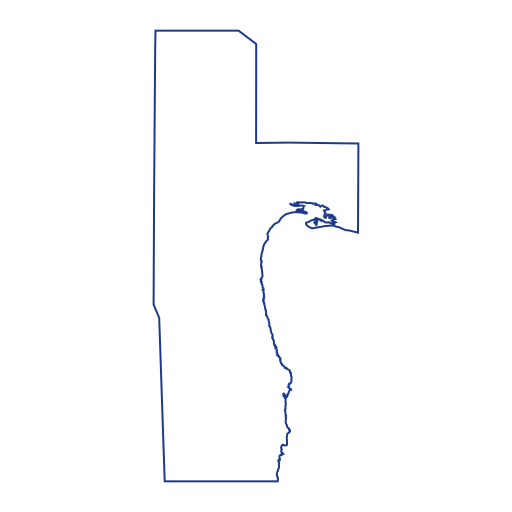 outline of San Antonio, Río Negro, Argentina
{"feature_id": "61730980B19099504402623", "entity_name": "San Antonio", "entity_type": "district", "adm_level": 2, "iso_a3": "ARG", "parent_name": "Argentina", "parent_adm1": "Río Negro", "projection": "natural_earth1", "projection_center": [-65.004, -40.959], "detail": "fine", "context": "isolated", "style": "outline", "palette": "blue", "viewbox_px": 512, "rotation_deg": 0, "n_neighbors": 0, "source": "geoboundaries", "source_scale": "gbopen_adm2", "svg_char_len": 6099}
<svg xmlns="http://www.w3.org/2000/svg" viewBox="0 0 512 512"><path d="M256.2,44.0L238.6,30.7L155.5,30.7L155.2,48.1L154.1,192.5L153.6,304.5L159.2,317.9L164.7,481.3L277.7,481.3L278.0,479.5L277.7,478.8L277.9,477.5L277.1,476.5L276.8,473.7L277.2,472.0L277.9,470.9L278.2,469.1L278.7,468.6L279.0,467.0L278.9,464.1L279.1,463.2L279.0,462.1L278.7,461.4L278.3,461.2L278.3,460.8L278.4,460.2L278.7,459.9L279.9,459.8L279.8,458.7L279.6,458.6L279.4,457.2L279.7,455.6L281.0,454.7L281.3,455.1L281.6,455.1L282.1,454.5L282.1,454.1L283.2,453.8L282.5,453.0L281.8,453.1L281.6,452.3L281.2,451.7L281.5,450.6L281.3,449.8L281.7,449.3L281.1,447.9L281.2,447.3L281.5,446.1L282.8,444.7L284.1,445.3L286.4,445.3L286.9,445.0L287.1,441.9L286.7,437.7L287.4,433.6L289.2,432.4L289.4,432.0L289.9,431.7L290.0,430.8L290.0,430.3L289.1,430.0L289.1,428.5L287.5,427.5L287.1,426.7L286.8,425.0L286.0,423.6L285.6,420.9L286.1,418.0L285.6,417.2L286.0,415.7L286.9,415.4L285.9,415.4L285.6,415.0L285.2,411.1L284.9,410.6L285.1,409.3L285.6,408.8L285.4,406.9L285.5,405.2L285.9,404.6L285.5,402.0L285.7,398.8L285.5,398.4L284.9,398.2L284.6,397.7L285.0,396.8L284.5,396.4L284.9,395.8L283.9,396.1L283.5,396.0L283.2,394.4L283.6,393.6L284.3,394.1L284.5,395.4L285.2,395.7L285.0,397.2L286.8,397.0L287.3,396.5L287.8,394.0L288.2,393.9L289.3,390.9L290.1,389.7L291.4,389.9L291.9,389.8L290.9,389.5L290.7,389.0L289.8,389.1L289.4,388.1L289.1,388.0L289.0,387.2L288.8,386.9L288.5,386.9L289.0,386.3L288.6,386.0L288.4,385.6L288.8,384.4L289.3,383.5L290.1,383.7L290.7,383.2L290.9,382.7L291.4,381.3L291.4,378.2L291.7,377.2L291.1,376.2L291.1,375.4L290.9,375.0L291.0,374.1L290.8,373.8L290.9,373.0L290.6,372.3L289.9,372.3L289.8,370.6L289.5,370.2L287.8,369.4L287.3,368.8L285.6,368.4L285.5,368.1L285.8,367.7L285.0,367.4L284.6,367.5L284.2,366.5L283.1,365.4L282.1,365.1L281.8,363.6L281.1,363.4L280.7,362.2L280.7,361.7L280.2,361.0L280.2,360.4L280.4,360.1L280.1,359.5L280.6,358.9L280.5,358.4L279.0,357.2L278.9,357.0L279.2,356.7L278.5,355.7L277.7,355.7L276.9,354.8L277.0,354.3L277.6,354.1L277.1,352.7L276.7,352.4L276.5,351.7L277.0,350.5L276.9,349.9L276.4,349.3L276.1,348.2L275.5,348.3L275.5,347.9L276.2,347.5L275.8,347.2L276.1,347.1L276.1,346.9L275.5,345.9L275.0,345.8L274.9,344.8L274.3,344.8L274.4,344.2L274.1,344.0L273.9,343.3L273.9,341.9L274.0,341.6L273.7,341.1L273.6,340.1L273.2,339.8L273.3,339.4L272.8,338.8L272.6,337.7L272.1,337.6L272.3,336.7L272.7,336.3L272.5,335.8L272.6,334.6L271.6,333.5L270.7,330.0L270.4,327.9L270.0,326.8L269.4,326.4L269.2,325.0L269.5,324.1L269.0,322.5L268.6,319.8L268.0,318.9L267.2,316.8L266.8,316.4L266.8,315.7L266.5,315.2L265.9,314.9L266.1,313.3L266.0,313.0L266.0,311.4L265.7,310.7L265.8,309.9L265.3,309.3L264.8,306.1L264.3,304.9L264.4,303.3L263.9,303.0L263.8,302.5L263.5,302.3L263.7,301.1L263.3,301.0L263.3,300.6L263.0,300.2L263.5,299.6L263.5,298.9L263.8,298.7L263.5,298.5L263.9,298.0L263.7,297.2L264.2,296.4L263.8,295.9L264.1,295.0L263.9,294.4L263.9,293.3L263.5,292.9L263.4,291.9L263.6,290.1L263.5,289.4L263.1,289.4L263.5,289.0L263.4,288.1L262.9,287.8L262.5,286.9L262.3,284.5L262.0,283.9L261.7,283.9L261.7,283.3L261.2,282.5L261.6,282.4L261.5,281.9L261.1,281.6L261.4,281.2L260.9,280.7L260.6,280.0L261.1,279.7L260.7,279.4L260.9,278.6L262.0,277.6L262.5,276.2L261.9,269.3L261.4,268.2L261.4,267.5L261.8,267.0L261.1,266.3L261.0,265.5L261.3,263.7L261.3,262.4L261.7,261.9L261.8,261.2L260.9,260.6L260.9,259.4L261.0,257.5L261.5,256.0L261.4,255.0L261.5,254.4L262.1,252.1L262.5,251.6L262.5,249.8L263.1,249.0L263.1,247.8L263.8,245.3L264.2,244.3L266.0,241.6L267.1,240.3L267.7,239.9L268.0,239.3L267.8,237.8L268.3,236.6L267.9,236.1L267.4,234.0L268.2,232.1L268.8,231.5L269.6,230.0L270.1,228.7L272.4,226.7L272.4,226.3L272.8,225.7L275.2,223.6L278.5,222.0L279.1,221.4L280.8,218.4L284.3,215.3L286.5,214.0L292.4,212.4L295.0,212.2L298.4,212.2L301.5,212.6L306.1,213.6L306.9,213.2L306.8,212.7L306.0,212.2L305.6,212.3L305.1,211.7L303.4,211.2L303.1,210.6L302.6,210.4L301.0,210.7L298.9,210.5L297.0,210.8L296.6,210.5L297.1,209.8L297.8,209.4L299.2,209.2L300.4,209.5L303.0,208.8L303.4,208.2L303.4,206.9L304.1,206.1L301.5,205.5L299.9,205.5L298.7,205.9L294.8,206.0L291.6,205.0L290.3,203.9L290.4,203.7L291.6,204.2L292.1,204.9L293.4,205.0L294.9,205.6L295.8,205.1L294.5,204.0L294.5,203.5L296.0,204.7L297.2,204.8L297.1,204.5L297.2,204.3L297.9,204.4L297.7,204.1L297.7,203.6L298.4,203.5L298.5,203.1L298.3,202.8L297.1,203.1L296.8,202.5L297.4,202.2L301.5,202.5L302.5,202.2L302.8,202.4L303.8,202.5L304.5,202.2L307.1,203.2L308.9,202.9L311.8,203.2L312.8,203.4L312.8,203.6L315.9,203.5L316.1,204.3L315.7,204.5L315.5,204.9L315.9,205.0L317.4,204.6L317.8,205.1L319.0,205.3L320.3,206.7L322.1,205.5L323.0,205.6L323.8,206.7L326.2,207.4L328.1,208.5L328.7,209.3L326.8,209.5L325.7,210.2L324.0,210.5L324.7,212.1L325.5,212.9L324.8,213.8L324.9,214.3L324.5,214.8L324.7,215.8L324.2,216.1L324.7,216.5L324.4,217.3L324.5,217.5L325.7,217.8L326.4,216.3L327.1,215.6L327.6,215.4L327.7,215.0L327.4,214.7L327.7,214.6L328.3,214.9L328.7,214.6L329.4,214.7L329.6,215.3L329.4,216.3L331.2,214.8L332.5,215.2L333.2,216.3L333.2,216.8L333.8,216.6L334.4,216.9L335.6,218.9L335.1,219.2L333.3,218.9L332.7,219.3L332.8,220.0L332.1,220.5L332.8,220.6L332.7,221.2L333.2,221.1L333.4,221.7L334.2,221.7L335.5,222.3L335.2,222.4L333.8,222.1L332.9,222.8L332.8,223.0L333.5,223.1L334.4,223.8L334.4,224.0L334.1,224.1L328.6,222.4L326.5,222.5L324.9,222.2L322.7,220.4L322.1,220.8L322.0,220.5L321.5,220.3L320.7,220.6L320.4,220.5L320.4,219.7L319.9,219.1L318.6,219.1L317.9,218.7L316.7,219.3L316.9,220.1L317.3,220.2L317.5,220.8L316.8,222.2L316.6,224.8L316.3,225.0L315.5,223.8L316.3,223.0L315.3,222.7L314.9,223.2L314.3,222.5L314.8,222.0L315.6,221.8L315.2,221.5L315.4,220.9L315.8,220.8L315.7,220.4L316.2,220.0L316.4,218.8L316.9,218.4L316.3,217.9L315.9,218.0L313.8,219.7L311.6,220.3L309.0,221.7L306.0,222.9L306.1,224.1L307.2,225.7L308.6,226.7L311.1,228.0L312.4,228.3L325.0,226.1L331.5,225.5L334.3,225.9L336.1,226.6L339.2,227.3L345.4,230.1L349.1,230.5L358.0,232.6L358.4,143.5L288.9,142.6L256.1,143.0L256.2,44.0ZM330.1,218.2L332.0,216.9L331.8,216.2L331.0,216.2L330.8,216.7L330.0,217.4L329.7,218.0L330.1,218.2Z" fill="none" stroke="#1e3a8a" stroke-width="2"/></svg>